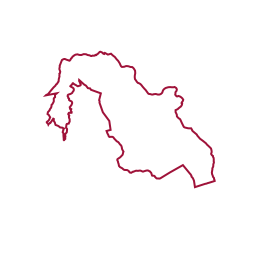 San Pedro Teutila, Oaxaca, Mexico, rotated 54°
{"feature_id": "50627088B96437004433803", "entity_name": "San Pedro Teutila", "entity_type": "district", "adm_level": 2, "iso_a3": "MEX", "parent_name": "Mexico", "parent_adm1": "Oaxaca", "projection": "albers", "projection_center": [-96.632, 17.978], "detail": "fine", "context": "isolated", "style": "outline", "palette": "rose", "viewbox_px": 256, "rotation_deg": 54, "n_neighbors": 0, "source": "geoboundaries", "source_scale": "gbopen_adm2", "svg_char_len": 5712}
<svg xmlns="http://www.w3.org/2000/svg" viewBox="0 0 256 256"><g transform="rotate(54 128 128)"><path d="M37.2,146.2L37.5,146.7L38.6,147.4L39.2,148.2L40.0,148.9L42.6,149.7L43.6,150.8L43.7,151.6L44.5,152.0L45.2,152.7L46.0,153.1L47.7,155.2L49.4,156.7L49.7,157.2L49.8,157.4L49.8,157.9L50.4,159.0L50.5,159.6L50.6,160.0L50.5,160.6L51.1,161.9L51.4,164.3L52.3,168.0L53.6,172.7L53.3,174.4L53.2,174.7L53.3,175.3L58.1,165.1L58.2,165.8L58.0,166.5L58.2,167.5L60.2,168.9L60.3,170.2L60.6,170.8L62.6,172.2L63.0,172.6L63.9,174.4L64.2,175.1L64.4,176.3L65.3,177.0L66.3,178.2L66.9,180.1L67.1,180.5L67.5,180.9L67.7,181.5L68.1,183.5L68.6,184.0L69.4,184.9L71.1,184.4L72.3,184.6L73.4,184.6L73.8,184.8L74.0,185.5L74.5,186.1L75.1,187.3L75.3,188.1L75.4,188.8L75.3,189.3L75.5,190.3L75.9,190.5L77.8,190.2L78.4,190.4L78.1,189.7L78.1,188.9L78.0,188.4L78.3,188.1L78.3,187.9L78.1,187.7L78.0,187.1L77.7,186.2L76.5,183.0L77.1,182.7L77.8,183.3L78.7,183.9L79.8,183.9L81.0,184.1L81.9,184.5L83.0,184.8L84.1,184.0L85.6,183.1L87.6,182.6L89.3,180.8L90.0,180.6L90.8,180.1L91.4,181.5L91.8,181.8L92.1,181.9L92.3,182.5L92.9,183.2L93.2,183.4L93.9,183.3L94.5,183.3L94.8,183.7L95.7,184.3L96.2,184.7L99.4,186.6L99.8,187.0L100.2,187.0L100.3,186.8L100.2,186.5L100.0,186.2L100.0,185.5L99.9,185.1L99.0,184.6L98.0,183.5L97.2,183.2L96.3,182.7L95.7,181.2L95.7,180.8L95.5,180.1L95.0,179.6L93.3,178.1L92.6,177.8L91.7,178.0L91.3,177.9L89.0,175.7L88.8,175.1L89.6,173.3L89.0,172.6L88.6,171.5L86.5,170.0L85.0,169.7L84.4,169.3L83.8,168.9L83.6,168.3L82.9,168.1L82.0,168.3L81.6,168.2L81.0,167.0L81.1,166.5L81.4,166.3L82.3,165.1L82.5,164.7L82.1,164.3L81.7,164.1L81.1,164.3L79.9,163.7L79.4,162.8L79.1,162.9L78.8,163.3L78.5,163.6L77.5,163.2L76.9,162.9L76.8,161.9L76.4,161.3L76.3,160.5L75.3,158.8L74.7,158.3L73.6,158.0L72.6,158.4L71.6,159.0L70.6,159.2L69.6,158.4L68.6,158.7L67.8,158.2L66.9,158.2L66.1,157.5L65.9,156.9L66.3,155.4L66.6,154.8L66.8,153.4L66.8,152.5L66.2,151.3L65.9,150.1L65.4,149.5L64.7,149.0L63.8,148.8L62.9,149.0L60.8,150.0L60.3,150.1L60.1,149.7L60.0,148.3L59.8,147.4L59.4,146.8L59.4,146.2L60.8,145.9L61.1,145.6L62.1,145.3L62.7,144.9L64.4,144.3L64.8,144.0L65.0,143.2L65.5,141.9L65.5,141.2L65.1,140.7L62.1,140.0L61.2,139.9L60.5,139.3L67.2,137.9L69.0,137.1L72.2,137.0L73.7,135.4L75.3,135.5L84.0,129.6L88.5,135.0L89.6,135.2L90.3,135.8L90.8,136.2L100.5,139.1L111.3,139.0L119.3,143.2L117.8,147.1L120.2,147.8L122.4,148.1L123.1,148.4L124.0,148.4L124.4,148.2L125.0,147.1L126.1,145.7L126.8,145.4L127.4,145.3L128.2,145.4L132.1,144.9L133.0,144.5L133.6,144.2L134.7,144.1L136.9,144.1L137.3,143.9L138.6,143.9L140.1,144.4L140.3,144.6L141.7,145.2L143.6,145.5L144.4,145.5L145.4,146.9L145.8,147.2L146.5,148.2L147.1,151.5L147.0,154.7L147.1,155.0L147.6,155.5L149.4,155.9L150.3,156.4L151.3,156.6L153.4,157.6L154.1,157.5L154.8,157.5L157.3,156.3L158.5,156.1L159.6,155.7L160.3,155.0L160.6,154.5L161.7,153.3L162.2,153.1L163.2,152.7L164.4,152.8L165.0,152.7L165.5,152.4L165.7,151.9L166.1,151.7L166.3,149.6L166.5,149.5L167.1,147.1L167.4,146.4L168.0,145.8L168.6,145.0L169.3,143.6L169.9,142.9L171.9,141.7L172.2,141.3L172.3,140.8L173.2,138.2L174.0,136.9L175.0,136.3L175.3,136.2L176.3,135.7L176.9,135.8L177.7,135.6L178.3,135.7L180.6,136.5L181.3,135.9L181.6,135.4L182.0,135.0L182.6,134.8L183.0,134.7L183.5,134.9L184.2,134.7L184.8,134.7L185.7,134.4L186.9,132.9L187.0,132.6L187.5,132.2L187.7,131.5L188.6,120.2L190.3,105.4L201.8,104.7L202.0,104.6L203.7,104.7L204.7,105.2L206.7,105.0L209.4,105.6L215.2,108.6L218.5,98.5L219.1,97.2L219.5,95.7L219.8,95.0L221.5,90.0L221.8,89.0L220.4,88.4L219.9,88.4L219.5,88.1L218.8,87.8L218.6,87.8L218.0,87.9L217.4,87.9L216.2,87.4L215.0,87.2L213.4,86.4L212.7,85.7L211.3,84.3L211.1,84.1L210.9,83.9L210.5,83.7L209.8,82.8L209.6,82.3L209.4,81.9L208.9,81.4L208.0,80.7L207.4,80.2L206.9,79.4L206.1,78.5L205.4,78.3L204.0,77.2L202.5,76.3L201.9,76.3L201.2,76.1L200.6,75.7L199.5,76.1L198.7,76.0L198.3,76.1L197.5,75.7L197.0,74.8L196.0,74.0L195.2,73.6L194.9,73.5L194.5,73.3L193.4,72.9L192.4,73.0L189.1,73.6L187.7,73.9L186.3,73.9L182.6,74.9L178.8,76.1L178.3,76.1L174.8,76.4L173.7,76.2L168.9,77.4L168.4,77.5L167.6,77.5L167.3,77.3L165.4,77.1L163.6,79.5L160.9,81.8L159.9,82.2L155.7,81.5L151.8,80.7L151.0,80.8L149.9,81.3L148.4,81.5L147.4,81.6L145.9,80.7L144.0,80.3L143.2,80.2L141.5,79.0L142.0,76.6L141.8,75.9L141.7,73.6L141.7,72.6L141.2,71.2L140.7,70.5L140.0,69.8L139.5,70.1L139.0,69.7L138.3,67.6L137.6,66.7L136.0,66.6L134.5,66.9L133.1,67.4L131.7,68.4L131.5,69.3L131.3,69.8L130.2,70.2L128.8,70.2L128.5,69.8L127.0,68.6L126.7,67.9L126.6,67.2L125.9,66.2L125.6,65.9L125.2,65.7L124.0,65.5L122.2,66.2L121.8,67.2L120.9,68.5L119.8,69.7L118.7,71.4L117.8,73.9L117.7,75.2L117.8,76.4L118.0,77.1L118.3,77.8L119.1,78.9L119.6,79.7L119.8,81.2L119.5,82.7L118.8,83.8L118.4,84.3L117.2,85.2L116.7,85.7L115.7,87.5L115.6,88.1L115.3,88.6L114.9,89.1L113.6,90.1L112.9,90.9L112.4,91.3L111.4,91.4L107.4,91.4L106.4,91.6L102.9,91.9L101.5,91.9L99.9,92.1L99.3,92.3L97.9,93.0L97.3,93.5L95.7,93.7L94.3,93.6L92.5,93.6L90.7,92.6L89.5,91.6L87.9,89.9L85.8,88.6L83.9,88.4L82.8,88.4L81.3,88.7L80.0,90.2L78.5,91.2L77.6,92.1L76.8,93.1L76.5,94.0L76.3,94.9L75.3,96.6L74.9,97.1L74.0,97.3L73.1,97.2L70.9,96.7L67.8,96.5L65.9,96.8L62.8,96.9L60.5,97.6L57.9,98.1L56.8,101.1L53.6,102.6L53.7,103.4L53.9,103.6L53.7,103.7L53.8,103.8L53.7,104.1L53.0,104.4L52.1,104.5L51.6,104.6L50.1,105.5L49.8,106.2L50.3,109.0L50.1,110.6L50.3,110.8L49.7,111.4L49.9,112.3L49.1,113.6L48.5,114.3L48.4,115.1L47.8,115.8L46.7,116.3L45.3,117.7L43.7,118.6L42.2,120.4L41.5,122.9L40.2,124.5L38.7,125.6L37.8,127.4L37.6,129.1L37.8,129.9L37.6,130.7L38.1,131.9L38.3,132.6L38.3,133.3L38.9,134.3L39.2,135.4L39.2,135.7L39.0,136.0L38.5,136.1L38.0,136.6L36.9,137.4L35.1,138.5L34.6,139.2L34.3,140.2L34.2,141.5L37.2,146.2Z" fill="none" stroke="#9f1239" stroke-width="2"/></g></svg>